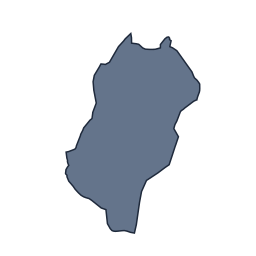 outline of Dandi, Kebbi, Nigeria, rotated 205°
{"feature_id": "59680162B35628626888177", "entity_name": "Dandi", "entity_type": "district", "adm_level": 2, "iso_a3": "NGA", "parent_name": "Nigeria", "parent_adm1": "Kebbi", "projection": "equal_earth", "projection_center": [3.827, 11.863], "detail": "fine", "context": "isolated", "style": "filled", "palette": "slate", "viewbox_px": 256, "rotation_deg": 205, "n_neighbors": 0, "source": "geoboundaries", "source_scale": "gbopen_adm2", "svg_char_len": 1900}
<svg xmlns="http://www.w3.org/2000/svg" viewBox="0 0 256 256"><g transform="rotate(205 128 128)"><path d="M113.5,44.7L106.2,32.6L101.6,29.3L99.2,28.3L97.7,28.4L95.8,29.0L93.5,30.3L90.2,32.3L88.0,33.5L85.4,34.1L81.6,34.5L77.8,35.5L79.6,43.9L86.2,65.7L88.9,76.2L89.1,88.3L81.9,100.0L77.7,107.9L75.2,112.1L76.2,120.7L77.5,131.2L77.7,133.6L78.6,141.4L86.2,146.8L86.9,150.9L86.7,155.0L87.4,164.7L87.1,166.1L85.7,168.5L85.0,170.2L84.3,171.5L83.6,172.8L80.1,179.4L79.2,180.8L79.0,181.0L78.8,181.2L78.5,181.5L78.4,181.7L78.3,181.8L78.2,181.9L78.1,182.1L77.9,182.3L77.5,182.5L77.8,183.9L78.1,185.7L78.3,187.9L78.5,190.6L78.9,192.3L79.7,194.2L81.6,198.1L82.9,199.0L84.2,199.7L85.7,200.5L88.9,201.5L90.4,202.7L93.8,205.9L116.4,218.7L121.5,219.5L124.5,219.4L125.8,225.3L127.7,225.7L128.2,226.9L128.7,227.2L129.6,227.7L131.0,226.8L132.2,224.5L133.9,217.4L132.5,214.3L136.4,211.0L137.8,210.2L139.0,209.6L141.1,208.6L142.8,207.9L145.6,206.8L148.6,206.8L151.1,207.6L153.7,208.4L156.3,207.8L157.8,207.3L160.6,206.4L163.0,211.3L165.4,214.8L168.2,207.6L168.7,205.1L169.4,202.9L171.0,197.8L172.6,179.7L175.4,176.0L176.9,175.6L179.6,174.6L179.8,171.0L180.8,161.5L179.2,155.2L175.0,147.9L167.3,137.2L166.5,127.1L166.3,126.7L164.7,121.6L164.8,120.9L165.7,119.2L168.2,109.4L168.0,106.7L168.2,102.3L167.9,101.0L167.2,89.8L166.8,88.3L167.2,86.4L169.0,84.5L171.9,81.5L173.9,80.0L170.7,74.9L169.6,73.7L169.3,73.3L169.2,73.1L169.0,72.9L168.9,72.6L168.8,72.4L168.8,72.2L168.7,72.1L168.6,71.9L168.5,71.7L168.3,71.5L168.1,71.2L167.9,71.0L167.5,70.6L167.2,70.2L166.9,70.0L166.6,69.7L166.2,69.4L165.9,69.1L166.4,66.7L166.6,64.0L166.0,62.3L165.5,60.6L165.1,60.1L164.4,59.8L163.9,59.6L163.4,59.4L163.2,59.1L163.0,58.7L162.8,58.2L162.5,57.8L159.2,54.8L153.1,52.0L151.9,51.3L149.9,50.1L145.5,48.3L142.1,47.2L139.1,46.9L136.6,47.1L133.5,47.6L130.4,47.1L118.5,44.2L113.5,44.7Z" fill="#64748b" stroke="#1e293b" stroke-width="1.5"/></g></svg>